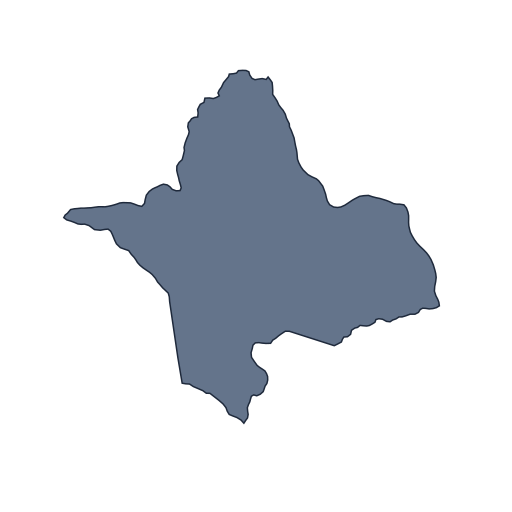 Mirabela, Minas Gerais, Brazil, rotated 130°
{"feature_id": "56859067B89998695368113", "entity_name": "Mirabela", "entity_type": "district", "adm_level": 2, "iso_a3": "BRA", "parent_name": "Brazil", "parent_adm1": "Minas Gerais", "projection": "natural_earth1", "projection_center": [-44.162, -16.258], "detail": "fine", "context": "isolated", "style": "filled", "palette": "slate", "viewbox_px": 512, "rotation_deg": 130, "n_neighbors": 0, "source": "geoboundaries", "source_scale": "gbopen_adm2", "svg_char_len": 3853}
<svg xmlns="http://www.w3.org/2000/svg" viewBox="0 0 512 512"><g transform="rotate(130 256 256)"><path d="M111.1,361.8L114.2,361.7L116.1,365.3L119.2,368.1L121.6,370.1L122.5,373.2L121.4,377.1L119.5,379.9L120.3,382.9L122.4,385.6L125.3,388.6L128.4,388.5L131.0,390.6L133.8,393.4L136.3,392.3L139.5,392.3L144.0,392.3L148.9,391.0L152.5,390.8L155.6,389.9L156.9,387.1L160.1,388.3L162.8,389.9L164.9,393.3L167.9,396.6L171.8,394.6L175.6,396.2L178.6,395.6L181.3,394.9L183.6,392.3L187.0,390.0L189.6,392.5L192.3,393.6L194.8,393.3L197.5,393.4L200.9,391.3L203.7,387.1L206.5,385.7L210.0,384.7L214.8,383.0L219.1,380.9L221.2,378.6L223.6,377.4L226.4,376.0L229.7,374.5L233.7,375.0L238.0,374.4L241.4,371.7L243.9,368.4L245.8,365.6L247.7,363.2L249.9,359.8L251.9,357.1L254.7,356.2L257.4,359.1L258.8,363.0L258.3,366.5L258.6,369.7L260.5,373.1L263.6,374.9L266.3,376.0L268.8,377.3L271.3,378.4L275.2,379.3L279.9,379.1L283.9,377.2L287.4,375.2L291.4,375.4L293.2,378.8L294.4,382.4L295.9,386.2L298.6,389.7L300.5,392.1L302.9,394.4L305.5,395.9L307.7,397.3L310.3,399.1L313.1,401.3L315.3,403.2L317.4,405.8L319.4,408.2L322.2,410.8L325.1,413.4L327.2,415.7L329.6,418.2L331.8,420.8L334.3,423.2L336.6,425.5L339.6,427.9L344.5,427.9L347.3,428.5L350.2,427.9L350.0,424.2L348.3,420.3L347.0,416.7L345.9,413.0L344.1,410.3L341.7,407.7L340.0,403.4L339.6,396.7L336.3,391.8L332.8,388.9L330.5,386.6L330.4,383.2L331.6,380.4L333.2,377.3L334.8,374.3L336.4,370.7L336.8,365.3L335.5,361.7L333.7,357.0L334.9,352.6L335.4,348.5L336.2,345.5L337.2,342.6L337.7,339.0L337.7,335.0L337.3,330.8L336.9,327.1L336.9,323.7L337.7,318.8L339.2,314.6L339.6,311.6L340.4,306.9L340.8,299.4L343.0,296.2L346.4,292.9L384.1,250.5L400.9,230.8L399.1,227.7L396.8,224.6L396.3,220.1L394.6,214.5L393.3,210.1L393.1,205.9L390.8,203.0L390.6,197.3L390.4,191.7L390.5,186.2L391.5,181.5L393.4,178.2L394.6,174.7L393.4,170.8L392.0,166.8L391.3,162.1L391.9,157.8L388.8,158.2L385.5,158.4L382.4,160.2L380.5,162.4L377.8,165.1L374.6,166.3L371.7,167.0L369.0,168.3L366.4,169.4L363.9,168.5L362.6,165.6L359.2,163.9L355.3,163.3L352.6,164.3L349.9,165.4L346.7,165.7L343.5,167.3L340.9,169.6L339.4,172.2L338.3,175.3L338.6,178.6L339.0,181.7L339.1,184.8L338.0,189.1L336.5,194.3L333.3,197.6L329.2,199.4L326.3,201.0L323.0,200.7L320.5,198.1L318.9,195.5L316.6,192.2L313.5,188.7L309.7,189.1L306.3,188.0L302.6,187.4L299.1,186.5L294.8,185.2L292.2,182.0L274.4,138.4L270.7,136.8L267.0,135.3L264.2,136.3L261.6,136.6L259.0,134.0L255.2,133.2L251.5,135.1L247.7,134.0L245.4,132.3L242.3,131.7L240.5,129.0L238.5,126.2L236.4,124.5L233.4,123.3L230.3,122.3L227.6,123.3L225.1,121.6L223.1,118.4L222.2,114.0L220.2,111.0L217.3,110.2L214.1,108.3L210.8,107.3L208.7,104.9L205.7,102.9L201.5,100.5L198.4,96.8L194.8,95.3L191.4,95.8L188.9,94.8L187.1,92.4L185.2,89.3L182.6,86.7L179.6,84.6L176.3,83.5L173.9,86.2L172.4,88.9L170.8,92.7L168.3,96.7L164.5,99.5L160.3,101.8L156.6,104.2L153.9,107.1L151.7,110.1L148.8,114.5L146.2,119.7L144.8,123.8L144.0,127.3L143.5,131.6L143.2,136.8L142.7,141.0L141.7,145.0L140.2,149.3L138.6,153.0L136.8,155.5L134.7,158.3L132.2,160.7L129.6,162.8L127.0,165.0L124.7,167.8L122.5,171.7L121.7,175.6L123.9,179.2L125.8,181.5L127.4,184.2L128.5,188.5L129.7,192.0L131.1,195.3L132.3,198.1L134.1,201.4L135.9,205.2L137.3,208.8L140.5,212.2L143.7,215.0L146.3,216.1L148.7,217.1L151.1,218.0L156.0,219.4L160.0,220.6L163.9,222.5L166.4,224.7L168.6,228.0L169.4,232.6L168.0,236.7L166.0,239.7L163.9,242.4L161.5,246.4L159.6,249.8L158.8,253.3L158.1,256.4L158.1,259.4L159.4,264.0L160.3,268.5L160.1,271.5L159.8,275.3L158.9,278.7L157.1,283.1L155.2,286.4L152.9,288.7L150.6,291.0L148.5,293.4L146.3,296.4L143.7,299.6L141.1,302.7L139.4,305.7L137.1,309.8L135.5,313.4L133.3,315.5L132.0,318.6L130.8,321.3L128.5,324.8L127.0,328.9L126.4,332.4L125.6,335.7L123.8,339.3L122.6,343.0L121.5,347.1L118.5,349.5L115.2,352.6L112.7,355.2L111.9,358.1L111.1,361.8Z" fill="#64748b" stroke="#1e293b" stroke-width="1.5"/></g></svg>